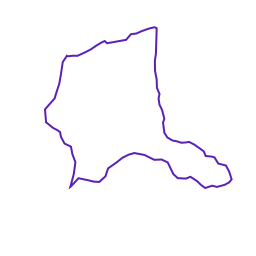 Mandria Pafou, Paphos, Cyprus, rotated 67°
{"feature_id": "46923920B21655614517489", "entity_name": "Mandria Pafou", "entity_type": "district", "adm_level": 2, "iso_a3": "CYP", "parent_name": "Cyprus", "parent_adm1": "Paphos", "projection": "robinson", "projection_center": [32.541, 34.713], "detail": "fine", "context": "isolated", "style": "outline", "palette": "violet", "viewbox_px": 256, "rotation_deg": 67, "n_neighbors": 0, "source": "geoboundaries", "source_scale": "gbopen_adm2", "svg_char_len": 1203}
<svg xmlns="http://www.w3.org/2000/svg" viewBox="0 0 256 256"><g transform="rotate(67 128 128)"><path d="M37.9,156.4L41.8,162.3L52.3,168.7L60.6,174.1L66.5,179.3L72.1,184.0L78.4,197.1L90.7,201.2L98.7,196.9L102.2,194.0L105.2,192.1L110.0,193.2L117.5,192.5L122.9,187.8L130.2,189.4L139.0,189.8L149.5,196.1L159.7,204.1L159.6,203.7L154.9,193.2L160.8,184.7L164.1,180.3L166.4,175.5L163.7,167.7L157.4,162.1L155.3,152.3L153.2,144.7L152.8,137.8L153.5,132.0L159.3,123.3L167.5,116.3L170.2,109.3L175.2,104.9L188.0,104.3L193.6,101.8L197.2,94.4L197.2,93.6L197.3,89.6L204.0,85.1L209.0,83.0L213.4,80.4L214.0,73.1L217.0,69.1L217.8,63.2L218.1,61.3L217.6,56.2L215.8,52.7L209.9,52.1L207.9,51.9L200.8,52.5L196.0,58.8L188.8,59.9L188.7,60.0L187.0,62.1L184.2,67.4L179.1,67.4L175.5,69.5L169.1,73.5L164.7,77.2L163.9,80.4L162.4,84.7L159.3,88.3L156.9,91.9L152.0,95.5L146.6,96.4L136.6,93.6L133.8,91.0L124.9,89.6L118.8,89.9L112.7,88.3L109.0,85.7L102.4,85.7L94.7,82.7L86.0,80.8L76.6,77.0L70.6,73.3L47.3,62.6L45.6,64.3L44.7,69.4L44.2,77.2L44.3,83.3L42.8,88.7L46.1,95.3L41.8,114.1L38.8,115.5L39.0,119.5L39.9,125.6L41.1,131.5L41.6,137.9L41.8,146.3L40.0,150.3L38.1,156.4L37.9,156.4Z" fill="none" stroke="#5b21b6" stroke-width="2"/></g></svg>